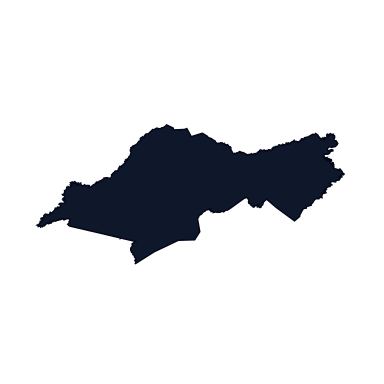 Penonomé, Coclé, Panama, rotated 242°
{"feature_id": "35544464B54827397349612", "entity_name": "Penonomé", "entity_type": "district", "adm_level": 2, "iso_a3": "PAN", "parent_name": "Panama", "parent_adm1": "Coclé", "projection": "robinson", "projection_center": [-80.285, 8.68], "detail": "fine", "context": "isolated", "style": "filled", "palette": "ink", "viewbox_px": 384, "rotation_deg": 242, "n_neighbors": 0, "source": "geoboundaries", "source_scale": "gbopen_adm2", "svg_char_len": 6064}
<svg xmlns="http://www.w3.org/2000/svg" viewBox="0 0 384 384"><g transform="rotate(242 192 192)"><path d="M167.4,334.5L165.9,336.4L164.9,339.7L165.5,342.0L166.5,343.5L169.7,343.2L170.7,341.8L171.5,341.6L173.3,343.7L174.9,344.2L175.7,343.2L176.6,343.9L177.3,341.8L178.3,341.8L177.2,338.3L177.8,338.3L178.6,339.3L178.6,338.6L179.4,338.5L179.0,338.0L179.4,337.2L178.6,337.9L177.6,337.7L177.1,335.3L176.4,334.7L176.1,333.5L177.2,334.0L177.0,333.1L177.6,333.6L177.5,332.9L178.3,332.9L178.0,332.2L178.7,330.6L182.1,329.7L183.0,329.9L185.6,328.6L185.1,327.6L186.3,325.6L186.1,320.3L187.0,317.3L187.0,316.8L186.4,316.8L186.1,315.2L186.8,315.1L187.5,313.6L186.8,313.0L186.1,309.6L188.0,307.5L188.4,306.2L189.6,306.4L189.2,304.9L189.5,304.0L188.9,303.4L189.3,302.3L188.7,301.4L189.8,300.4L188.9,300.0L189.2,299.3L190.3,299.2L190.8,298.5L190.9,298.0L190.1,298.1L190.1,294.7L191.0,295.0L191.5,294.6L190.8,293.9L191.4,293.1L191.2,292.4L192.5,291.5L192.8,290.6L191.9,289.1L193.1,286.9L192.3,285.9L193.3,285.0L192.6,282.9L191.8,283.0L191.3,281.7L192.4,281.0L193.4,279.3L192.9,278.4L193.7,277.1L193.5,276.4L195.1,275.6L195.4,273.8L197.0,272.2L197.0,271.3L195.7,271.1L196.4,269.4L195.8,267.9L196.2,265.3L196.7,264.9L196.5,263.8L197.3,262.5L198.0,262.3L197.6,261.2L198.4,260.1L198.3,258.8L198.8,258.7L199.0,257.8L199.7,257.7L202.9,255.6L203.3,254.6L204.4,253.9L204.1,253.4L205.3,253.1L205.1,250.4L205.5,250.0L205.0,249.3L206.0,248.1L205.5,247.7L205.8,247.0L206.8,246.3L209.9,246.2L211.4,246.3L213.1,247.2L214.2,246.8L214.7,246.0L217.2,245.6L217.5,243.9L218.2,243.9L218.9,243.1L219.7,243.2L219.6,242.7L220.3,241.9L221.0,241.9L222.0,240.4L221.9,239.5L222.5,238.7L222.7,237.3L224.5,236.3L226.2,236.3L229.1,234.4L229.8,234.4L232.3,232.0L234.4,231.5L239.0,228.7L241.2,217.3L250.4,217.2L250.8,214.6L255.4,204.9L257.3,205.4L263.2,201.0L262.5,199.3L262.4,196.5L262.9,195.4L262.5,194.7L263.5,192.2L264.8,191.2L265.1,189.4L264.7,188.9L264.7,187.7L265.6,186.8L263.8,180.5L264.7,179.0L264.7,178.1L263.9,176.5L262.9,175.9L263.2,174.4L263.9,174.5L263.6,171.5L261.5,170.7L261.7,168.7L260.4,166.6L260.0,163.7L260.3,161.6L259.6,161.5L260.2,160.9L259.5,159.7L259.8,158.9L258.7,158.8L258.6,157.8L257.1,156.8L256.1,157.0L255.0,156.4L252.5,153.5L252.7,152.8L251.7,151.8L251.6,150.9L251.1,151.0L251.0,149.8L250.3,149.3L250.3,148.7L251.6,148.9L251.4,148.2L250.7,148.0L250.4,146.8L248.5,146.6L248.8,144.4L248.3,144.1L248.2,142.7L247.4,142.3L247.1,141.6L248.0,141.5L247.9,140.8L248.5,140.2L246.8,137.7L246.2,137.5L245.6,135.5L246.4,134.6L246.5,133.5L246.0,132.9L245.5,130.7L244.7,130.2L245.1,129.2L243.4,128.4L242.3,126.2L244.6,123.6L245.6,120.8L244.7,120.4L245.1,118.8L244.6,117.3L245.1,115.3L244.0,112.5L245.5,112.8L245.6,112.4L244.6,110.4L244.5,107.4L244.1,106.1L243.5,105.6L243.8,104.6L244.7,104.3L244.7,103.2L245.9,104.3L247.3,101.9L247.5,100.8L248.8,100.6L248.5,98.5L250.6,97.3L252.1,97.9L251.8,94.9L252.3,93.5L253.4,95.6L254.8,92.3L255.2,93.0L254.8,93.8L256.2,93.4L256.3,92.4L255.5,91.6L256.1,90.8L257.1,90.9L257.2,88.9L254.6,89.4L255.3,87.8L253.9,87.8L253.5,86.9L253.7,86.1L255.0,85.2L254.4,84.5L255.0,83.6L253.0,82.2L253.0,80.0L251.6,79.7L250.8,78.3L250.0,78.2L250.6,76.4L250.0,76.4L248.8,77.6L247.6,77.9L247.1,77.6L246.9,75.4L246.0,76.3L245.2,75.9L245.7,74.3L244.4,74.6L243.0,75.7L242.2,75.0L242.4,73.0L244.0,70.2L243.6,68.9L242.0,69.9L240.4,68.1L241.7,66.3L240.8,65.9L240.5,64.9L241.4,64.8L241.9,63.8L240.3,61.9L239.7,59.6L239.1,59.3L239.3,58.3L240.6,57.3L238.9,55.3L241.3,52.1L240.8,50.2L239.2,49.3L239.6,46.3L239.2,45.9L238.1,46.9L237.5,46.6L237.1,46.0L237.3,44.2L235.4,42.7L235.4,39.8L235.0,40.2L233.7,40.0L233.4,41.8L232.1,41.9L232.4,42.7L231.5,43.7L232.2,45.3L231.4,46.0L232.1,47.2L232.4,49.4L231.3,50.5L231.7,50.9L231.3,51.7L231.8,51.4L232.2,52.3L231.1,53.1L231.3,54.4L232.0,54.9L231.0,55.9L231.2,56.9L230.3,57.9L230.2,60.5L229.7,61.0L230.0,62.7L229.3,62.9L229.3,65.0L228.6,65.4L228.6,65.9L227.7,65.7L227.4,66.2L227.3,68.4L226.3,70.9L225.4,71.0L225.2,71.4L224.6,70.8L223.9,70.9L223.5,69.5L222.6,69.6L221.8,67.1L219.6,67.8L185.1,107.2L184.6,106.9L184.6,107.7L174.8,119.0L174.3,114.7L172.5,114.2L171.1,111.5L169.3,110.6L167.0,110.4L166.0,111.1L164.4,110.5L163.2,111.3L161.4,110.7L159.1,111.3L158.3,109.3L156.9,109.8L156.0,109.2L155.3,107.9L157.0,130.6L155.8,157.3L148.6,171.9L153.3,180.2L165.9,184.3L166.9,186.2L168.0,187.2L168.0,189.9L169.1,192.4L169.0,194.6L169.5,195.4L168.6,199.8L168.2,200.2L168.1,199.0L166.7,200.0L165.9,199.6L164.7,201.7L163.9,201.2L163.1,204.2L162.3,204.5L162.5,206.1L161.7,205.9L161.0,207.0L160.9,209.7L159.6,210.6L160.2,213.5L159.4,214.5L159.6,217.9L162.0,235.3L161.4,237.8L160.1,238.4L157.5,238.2L156.7,237.2L155.4,236.9L154.7,237.6L152.3,238.0L150.8,239.1L150.2,238.9L149.6,239.5L150.4,241.4L149.7,242.1L149.5,244.2L148.1,242.9L147.7,244.0L146.3,244.8L146.2,245.6L147.3,246.9L147.6,248.4L149.6,250.4L150.7,254.5L139.0,259.1L118.4,269.0L119.9,275.6L121.1,276.3L124.8,281.9L124.8,283.7L124.1,285.1L125.0,285.9L125.3,286.9L124.4,291.0L125.5,291.7L125.8,293.4L127.3,295.7L128.0,298.3L126.5,300.7L127.3,302.6L126.0,304.1L127.2,304.4L128.7,305.9L130.1,306.4L128.9,307.5L128.5,309.9L129.2,309.7L129.9,308.2L130.6,309.1L131.3,309.1L130.2,310.1L130.5,310.7L131.7,311.1L131.4,312.1L132.7,312.5L132.7,314.8L132.1,316.4L132.8,317.8L132.7,318.8L135.0,317.8L135.5,318.1L135.5,321.1L133.7,323.0L133.6,323.8L134.6,324.6L133.5,327.6L134.7,329.4L135.9,329.0L136.4,329.5L134.9,331.2L135.6,331.8L136.7,331.2L137.3,331.9L137.2,332.8L136.1,333.7L136.4,334.7L138.3,333.9L139.4,334.1L142.7,333.5L143.0,332.8L142.7,331.4L144.1,330.6L146.0,328.3L147.6,329.0L148.6,328.3L148.7,329.5L149.7,330.0L150.6,328.9L151.1,330.3L151.6,330.4L152.1,329.7L151.5,328.0L151.8,327.6L153.6,328.1L154.0,329.8L155.2,330.2L155.7,329.6L155.1,328.0L155.5,327.4L156.1,327.4L156.6,328.8L157.2,328.4L157.3,327.4L156.3,326.2L156.8,325.4L157.3,325.4L158.9,327.5L159.3,325.8L160.4,325.6L159.4,324.7L160.3,324.4L163.3,326.3L161.5,330.0L161.6,331.4L162.8,333.2L162.2,335.8L163.1,336.0L164.0,335.2L164.2,332.0L165.2,331.3L166.4,331.6L167.4,333.3L167.4,334.5Z" fill="#0f172a" stroke="#020617" stroke-width="1.5"/></g></svg>